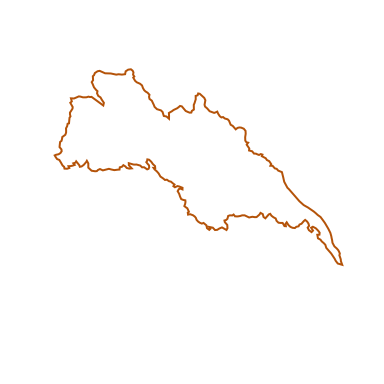 Araguanã, Tocantins, Brazil, rotated 139°
{"feature_id": "56859067B14551772321426", "entity_name": "Araguanã", "entity_type": "district", "adm_level": 2, "iso_a3": "BRA", "parent_name": "Brazil", "parent_adm1": "Tocantins", "projection": "equal_earth", "projection_center": [-48.525, -6.736], "detail": "fine", "context": "isolated", "style": "outline", "palette": "amber", "viewbox_px": 384, "rotation_deg": 139, "n_neighbors": 0, "source": "geoboundaries", "source_scale": "gbopen_adm2", "svg_char_len": 4755}
<svg xmlns="http://www.w3.org/2000/svg" viewBox="0 0 384 384"><g transform="rotate(139 192 192)"><path d="M111.1,148.0L112.9,151.6L112.9,153.9L114.0,155.5L114.0,158.9L115.6,160.4L113.9,161.2L113.5,164.6L114.5,167.1L114.2,169.1L115.8,173.2L114.3,174.0L115.2,175.5L117.1,176.0L117.9,177.4L118.6,179.0L120.0,180.3L119.9,183.3L121.7,185.9L120.2,187.3L119.7,191.8L117.3,192.4L118.3,193.8L118.1,195.8L115.9,198.5L113.3,200.7L111.5,203.0L111.4,205.8L112.7,208.4L114.0,209.7L115.6,210.5L117.9,210.6L117.9,215.2L118.7,217.4L117.3,221.5L117.4,223.5L119.0,225.9L119.4,228.2L120.9,229.0L121.3,230.9L120.9,233.9L120.2,236.1L122.0,236.6L123.4,237.2L125.7,241.4L125.7,245.1L126.1,247.9L125.3,249.6L121.7,252.5L121.0,255.0L121.7,261.0L122.7,262.3L124.3,261.3L126.2,262.1L128.4,259.5L131.8,257.4L133.5,256.6L136.5,253.0L138.9,253.3L140.4,252.4L141.7,253.4L142.6,255.1L143.6,257.3L143.5,263.3L144.6,264.8L146.3,264.8L148.2,264.9L150.7,265.6L152.2,266.0L154.0,266.1L157.6,266.8L159.3,264.6L161.3,262.4L161.7,265.7L163.4,267.9L161.7,271.7L161.9,274.0L164.1,277.5L164.4,280.8L163.7,282.7L162.9,285.6L162.4,287.3L163.0,290.1L162.0,292.0L160.3,293.3L160.4,296.1L161.1,298.3L161.3,300.2L160.8,302.7L159.8,305.2L160.2,307.8L161.7,311.0L162.0,313.2L161.3,316.9L159.8,317.0L159.5,319.2L157.7,320.7L157.2,322.5L157.6,324.7L159.9,326.2L162.9,326.6L165.2,324.8L167.9,326.6L170.1,329.0L172.2,330.3L175.5,334.7L179.7,338.6L182.2,344.0L184.1,345.1L187.3,345.5L189.2,344.5L190.9,344.4L193.3,341.3L195.6,340.7L196.1,338.8L197.3,335.3L197.4,332.0L197.2,330.1L198.9,328.8L199.7,326.1L199.0,323.4L199.5,321.0L200.0,317.1L202.2,315.5L205.4,329.7L206.7,330.6L207.6,331.9L209.5,332.7L212.2,335.0L213.7,337.3L214.7,338.4L217.3,339.2L219.7,340.0L221.9,342.1L223.3,339.2L225.3,339.2L226.3,334.4L227.5,333.3L230.1,332.5L232.0,332.0L233.2,330.6L234.1,328.8L235.7,328.4L237.3,326.9L239.8,324.5L241.1,325.1L243.0,323.6L245.3,322.7L246.9,320.7L248.1,319.4L250.1,318.3L253.8,318.6L255.2,317.4L256.9,316.2L258.7,316.3L260.7,314.5L262.5,312.8L262.6,309.8L263.6,308.3L265.7,307.7L267.9,308.0L270.2,309.3L271.6,309.7L272.0,307.6L272.2,305.3L271.1,303.3L271.6,300.3L272.3,296.9L272.0,294.9L272.9,293.3L271.0,291.5L268.9,290.6L268.3,292.5L266.8,291.3L264.8,290.2L262.8,289.4L262.7,291.5L260.6,290.6L259.3,291.1L259.5,286.1L260.1,284.6L258.5,283.7L255.9,283.5L252.3,284.0L250.9,284.5L251.5,281.6L254.3,278.4L253.8,273.9L251.5,271.2L250.1,270.2L248.5,270.3L246.4,269.7L245.1,266.8L239.5,264.0L238.1,261.9L236.3,259.5L233.3,257.5L232.0,256.5L230.3,258.0L228.3,257.0L226.2,257.3L225.5,255.0L225.5,253.0L224.0,250.8L222.0,249.4L222.1,253.6L220.8,255.2L218.2,251.2L217.1,250.1L215.9,249.2L213.7,245.9L213.5,243.4L211.9,242.1L211.0,238.5L209.6,238.0L208.1,238.7L207.0,240.3L207.0,242.6L206.9,244.5L205.5,244.9L204.3,245.9L203.2,244.5L202.9,241.6L203.2,238.7L202.9,235.8L204.0,234.3L205.2,235.4L205.4,233.5L205.0,230.6L205.0,227.9L205.7,224.4L204.9,221.3L204.5,218.8L202.9,217.8L202.3,215.3L201.1,213.6L200.7,210.8L200.3,209.1L202.2,208.6L201.8,206.8L199.1,206.0L198.0,204.5L196.4,201.4L197.5,200.2L198.6,202.3L200.1,202.8L202.3,202.0L202.9,199.0L204.0,196.4L204.8,193.7L203.7,191.6L202.5,190.1L203.4,188.8L205.0,187.5L207.0,186.4L206.7,184.6L206.2,182.8L207.3,179.1L208.7,179.2L209.8,177.5L208.0,176.5L206.5,173.8L206.0,171.6L206.1,169.8L206.8,168.1L206.8,165.8L206.3,163.8L205.3,161.7L203.6,161.1L203.0,157.5L204.4,154.8L203.8,152.1L202.3,152.2L202.0,154.4L199.7,151.4L199.6,148.2L197.8,146.9L195.3,146.5L192.6,145.6L190.9,140.7L189.0,141.4L187.0,144.0L187.0,147.7L186.2,149.2L184.7,148.5L182.9,148.5L180.4,150.2L178.7,149.5L177.0,147.9L175.4,147.7L175.5,145.4L173.4,143.5L171.4,142.3L169.5,141.5L167.6,139.9L165.6,135.3L162.7,133.7L161.0,131.7L159.7,130.7L157.7,130.7L155.9,130.7L154.0,131.3L153.1,128.9L154.4,126.2L153.9,124.0L151.0,124.4L148.7,124.7L147.3,124.2L147.6,122.0L147.1,119.5L146.2,117.1L147.1,114.8L146.9,112.1L145.6,110.7L143.9,109.2L144.6,105.6L143.6,104.6L142.3,106.6L140.4,107.0L140.9,103.8L140.6,101.1L139.6,99.0L138.0,97.3L136.1,97.3L134.1,96.2L132.2,96.9L130.2,96.2L126.7,96.7L124.9,96.7L124.5,94.2L124.8,91.8L125.8,89.7L128.1,89.2L128.8,86.5L128.1,83.3L126.0,83.5L125.5,86.9L123.6,86.5L122.4,83.5L122.2,81.1L122.2,79.2L122.4,77.5L123.8,76.2L125.5,77.5L127.3,74.4L126.3,71.7L126.5,69.6L126.1,67.0L126.0,64.7L127.3,61.8L127.3,54.2L128.1,48.1L128.7,45.8L128.9,42.4L126.4,38.5L125.0,42.1L123.9,43.6L123.1,45.5L122.3,47.5L120.8,48.6L120.2,50.4L119.8,52.1L119.8,54.4L120.2,57.5L119.3,61.5L117.8,63.8L116.8,65.7L115.9,67.2L114.4,70.4L113.2,75.0L112.0,81.5L111.7,84.8L111.4,88.8L112.2,92.2L112.5,94.9L112.9,97.4L114.7,104.4L115.3,106.0L116.3,108.9L117.0,114.6L117.0,130.6L117.2,132.6L116.3,136.6L115.7,139.2L114.8,140.9L113.7,142.9L111.1,148.0Z" fill="none" stroke="#b45309" stroke-width="2"/></g></svg>